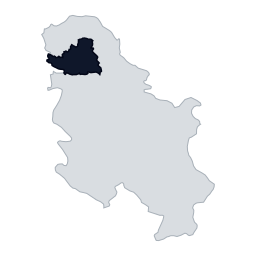 Južno-Backi highlighted on a map of Republic of Serbia
{"feature_id": "SRB-1059", "entity_name": "Južno-Backi", "entity_type": "District", "adm_level": 1, "iso_a3": "SRB", "parent_name": "Republic of Serbia", "parent_adm1": "", "projection": "albers", "projection_center": [19.57, 45.457], "detail": "fine", "context": "in_parent", "style": "filled", "palette": "ink", "viewbox_px": 256, "rotation_deg": 0, "n_neighbors": 0, "source": "natural_earth", "source_scale": "10m", "svg_char_len": 6717}
<svg xmlns="http://www.w3.org/2000/svg" viewBox="0 0 256 256"><path d="M144.2,92.0L151.0,93.9L154.0,95.8L155.7,98.4L160.0,100.0L167.0,100.7L171.9,103.2L174.7,107.6L179.1,106.4L185.0,99.5L191.0,97.5L197.0,100.5L200.4,103.0L201.0,105.0L199.7,105.9L196.3,105.7L193.7,107.0L191.7,110.0L191.5,113.2L193.1,116.4L195.3,118.6L198.0,119.8L199.6,121.4L199.8,123.6L200.6,124.2L199.0,125.3L197.4,126.9L196.6,129.5L196.5,133.8L191.3,137.2L189.3,137.9L188.5,140.1L187.3,146.4L187.6,151.0L188.4,153.4L188.8,155.3L190.6,157.6L192.3,161.2L193.6,166.0L196.0,169.6L202.1,173.0L205.2,175.0L207.5,178.0L209.3,180.7L214.3,184.2L214.1,186.9L213.1,189.5L212.0,190.8L209.7,194.2L207.4,196.2L203.6,202.2L197.4,202.8L195.9,203.3L193.6,205.0L192.6,207.9L193.8,210.2L193.7,212.6L192.8,217.3L194.5,222.2L196.8,224.4L197.2,225.7L196.9,228.0L193.7,232.8L192.8,234.6L189.5,235.6L188.3,235.2L186.5,233.6L184.9,233.2L181.0,235.2L177.0,236.5L173.8,235.7L170.7,235.7L168.5,236.6L166.9,236.9L163.7,239.0L158.6,240.6L156.2,240.4L155.3,238.5L154.2,235.8L154.7,234.5L158.0,232.3L158.4,230.2L162.9,220.2L163.7,216.9L163.7,215.9L162.4,215.2L159.8,215.3L148.2,211.5L148.6,206.9L145.2,204.5L141.5,202.4L140.8,199.9L136.7,195.0L133.7,192.2L129.9,190.9L126.6,188.9L124.7,187.7L123.8,185.4L123.7,184.0L122.7,182.7L121.2,182.8L118.6,184.7L115.3,186.4L114.8,187.5L116.0,190.3L116.9,192.0L116.5,193.7L115.5,195.8L109.3,200.6L108.6,202.2L109.8,204.8L109.1,206.1L103.8,207.9L103.9,206.4L103.6,204.1L100.5,201.7L96.3,199.8L86.8,193.4L83.2,192.5L79.9,191.8L75.3,188.6L72.9,188.1L70.2,185.9L64.5,178.3L59.6,174.2L56.3,172.1L55.4,170.1L55.2,168.0L55.3,167.3L57.8,164.4L59.8,164.0L62.3,163.9L63.9,165.4L66.1,165.7L67.3,163.8L67.9,161.0L67.6,157.5L62.5,149.4L58.0,143.7L57.5,142.4L58.5,141.4L60.0,140.8L61.7,141.3L66.0,141.7L70.2,141.2L71.6,139.8L71.6,138.0L70.1,136.2L65.2,131.5L61.5,127.4L57.0,124.3L53.8,123.0L52.8,121.4L52.4,119.6L52.8,116.5L53.0,112.5L53.8,110.0L56.8,105.3L59.6,100.3L61.4,95.4L62.3,90.9L62.0,89.6L60.5,88.7L57.4,87.7L53.1,88.5L49.4,90.1L48.0,90.3L47.6,88.2L48.1,87.4L49.3,87.5L50.2,87.9L51.2,87.0L51.8,84.2L50.4,74.8L53.1,74.0L53.2,72.6L53.4,71.4L56.2,73.1L60.2,73.1L63.6,72.8L64.2,71.9L64.1,70.5L63.4,69.5L62.2,68.6L61.3,67.3L59.0,66.7L51.7,63.3L48.1,59.7L48.3,55.8L49.3,53.8L50.6,53.0L50.2,52.3L46.1,50.5L44.7,48.0L45.9,44.9L43.8,38.4L41.7,34.5L43.9,32.8L44.2,30.3L44.4,28.9L45.3,29.0L48.8,27.4L50.1,26.0L50.8,24.5L51.7,24.1L54.0,25.8L56.5,26.0L59.3,24.9L61.4,23.5L63.9,22.2L65.1,21.4L66.5,20.1L69.5,16.2L72.8,15.4L77.2,16.4L82.0,16.7L85.6,15.8L94.7,16.8L96.6,17.7L97.9,18.7L100.3,22.1L102.6,26.4L105.8,28.3L109.7,30.7L111.6,32.4L114.6,37.5L116.9,40.1L117.6,39.9L118.4,39.2L118.9,38.7L119.5,39.2L119.6,40.8L119.8,44.2L119.3,48.0L120.1,51.5L120.2,52.6L119.6,53.6L119.7,54.5L120.5,55.4L123.7,57.7L126.6,61.2L130.0,63.7L133.1,65.3L135.0,65.3L138.3,68.2L144.6,70.1L146.7,70.8L148.1,72.0L149.1,73.3L149.2,74.8L148.3,75.5L147.0,77.6L146.4,80.0L145.5,80.7L144.4,80.7L143.7,81.5L143.9,82.5L144.8,83.5L146.1,84.4L148.7,85.2L151.2,86.5L151.2,87.5L150.7,88.7L147.5,89.2L145.2,89.4L144.1,89.9L144.2,92.0Z" fill="#d9dde1" stroke="#a8b0b8" stroke-width="1"/><path d="M48.1,57.1L47.8,56.4L47.8,55.4L48.4,54.0L48.7,54.0L48.7,54.3L48.8,54.4L49.0,54.6L49.2,54.8L49.3,54.9L49.5,54.9L49.8,54.6L50.0,54.6L50.3,54.6L50.8,55.0L51.2,55.2L51.3,55.3L51.7,55.3L51.8,55.3L52.0,55.5L52.1,55.9L52.2,56.0L52.3,56.2L52.4,56.3L52.5,56.3L53.0,56.4L53.4,56.4L53.6,56.4L54.0,56.2L54.3,56.1L55.1,56.6L55.3,56.7L55.4,56.8L55.5,57.0L55.5,57.3L55.5,57.5L55.8,57.7L56.1,57.6L56.3,57.6L56.8,57.5L57.2,57.4L57.4,57.3L57.5,57.2L57.8,57.2L58.1,57.2L58.3,57.2L58.4,56.7L58.5,56.6L58.6,56.4L58.8,56.3L59.1,56.4L59.5,56.9L59.6,57.2L59.7,57.3L59.8,57.4L60.0,57.4L60.1,57.5L60.2,57.4L60.3,57.4L60.6,57.3L60.7,57.2L60.9,57.2L61.2,57.2L61.5,57.2L62.0,57.3L62.7,57.5L62.7,57.3L62.8,56.9L62.9,56.7L62.8,56.4L62.7,56.3L62.5,55.9L62.4,55.8L62.4,55.7L62.4,55.4L62.4,55.2L62.3,54.9L62.3,54.5L62.4,54.4L62.5,54.3L63.0,53.9L63.7,53.6L63.9,53.5L64.1,53.5L64.1,52.8L64.1,52.7L63.9,51.9L64.6,51.7L65.0,51.6L65.2,51.4L65.5,51.2L65.8,51.1L66.0,51.1L66.7,51.5L66.8,51.6L67.0,51.9L67.2,52.0L67.3,52.0L67.5,52.0L67.7,51.9L68.1,51.6L68.3,51.4L68.5,51.3L68.6,51.0L68.8,50.7L68.9,50.4L69.0,49.9L69.1,49.7L69.2,49.4L69.3,49.4L69.5,49.3L69.9,49.4L70.2,49.3L70.4,49.3L70.5,49.2L70.7,48.8L70.7,48.3L70.8,48.0L70.8,47.9L70.7,47.8L70.6,47.5L70.5,47.2L70.5,46.9L70.7,46.4L70.8,46.3L71.1,46.0L71.2,45.9L71.3,45.4L71.7,44.7L72.2,45.0L72.6,45.2L72.8,45.4L73.1,45.7L73.3,45.8L73.6,46.0L74.0,46.1L74.3,46.2L74.6,46.3L75.3,46.8L75.6,47.1L76.2,47.0L76.5,46.9L76.9,46.6L77.0,46.6L77.3,46.4L77.5,46.3L77.7,46.2L77.8,46.1L77.8,45.9L77.9,45.7L77.8,45.4L77.7,45.0L77.7,44.7L77.8,44.4L77.9,44.0L78.0,43.7L78.2,43.4L78.4,43.1L78.5,42.9L78.5,42.4L78.4,42.3L78.4,42.2L78.3,41.9L78.5,41.7L78.6,41.4L78.7,41.2L78.6,40.9L78.5,40.5L78.3,40.0L79.0,39.6L79.6,39.4L79.9,39.2L80.0,39.2L80.8,39.2L81.1,39.1L81.6,39.0L82.0,38.8L82.1,38.7L82.5,38.4L82.7,38.2L83.3,38.2L83.5,38.2L84.0,38.1L84.5,38.1L84.8,38.1L85.4,38.3L85.5,38.3L86.2,38.4L86.3,38.4L86.8,38.6L87.2,38.7L87.4,38.8L87.8,39.1L88.0,39.2L88.5,39.2L90.4,39.2L90.8,39.3L91.2,39.4L91.3,39.4L91.5,39.5L91.8,39.7L91.9,39.9L92.1,40.2L92.3,40.4L92.5,40.6L92.8,40.8L92.5,41.1L92.0,41.3L92.4,42.6L92.6,43.8L92.5,45.1L91.8,46.5L91.0,47.5L90.9,47.9L91.7,48.1L92.9,48.0L93.3,48.2L93.5,48.9L93.3,49.2L92.9,49.6L92.6,50.2L92.4,51.0L92.6,51.7L93.0,52.3L96.8,55.8L97.7,57.1L96.6,59.9L97.1,60.8L98.5,62.2L99.2,63.0L98.7,63.4L98.5,64.0L98.3,64.5L98.0,65.0L98.7,66.1L100.7,67.7L101.1,69.1L101.4,70.6L101.4,71.4L100.2,72.1L100.0,72.9L100.0,73.8L99.8,74.5L99.0,73.6L97.5,72.6L96.0,72.0L91.1,72.6L90.2,72.5L87.9,71.8L87.4,72.7L87.4,72.8L87.4,73.0L87.5,73.1L87.7,73.3L87.8,73.4L87.7,73.5L87.4,73.8L87.1,74.0L86.9,74.1L86.6,74.2L86.1,74.3L85.9,74.4L85.7,74.4L85.0,74.5L84.7,74.5L84.4,74.4L83.8,74.4L83.1,74.3L82.9,74.3L82.5,74.2L81.8,74.2L81.2,74.2L80.9,74.3L80.7,74.3L80.3,74.4L80.2,74.4L79.7,73.7L79.3,73.1L78.9,73.5L78.7,73.7L78.6,73.8L78.3,73.9L77.8,73.9L77.7,74.0L77.3,74.2L77.0,74.3L76.3,74.6L73.9,74.6L73.4,74.6L73.2,74.6L72.5,74.8L72.4,74.8L72.2,74.8L71.8,74.7L71.2,74.5L70.8,74.3L70.7,74.3L70.2,74.3L70.0,74.2L69.9,74.2L69.7,74.1L69.5,73.9L69.4,73.8L69.1,73.7L68.9,73.7L68.7,73.6L68.4,73.3L68.3,73.2L67.4,73.1L67.2,73.1L66.8,72.8L66.7,72.8L66.6,72.7L66.4,72.8L66.2,72.9L66.1,73.0L66.0,73.3L65.6,74.0L65.4,74.2L65.4,74.3L65.2,74.4L64.9,74.2L64.7,74.0L64.6,73.9L64.5,73.7L64.4,73.6L64.1,73.2L63.9,72.9L64.3,72.4L64.4,71.1L64.0,69.9L63.2,69.5L59.6,69.1L58.4,68.8L55.9,67.5L54.3,66.8L52.1,65.5L51.9,64.3L51.8,63.8L51.3,63.2L50.6,62.9L50.1,62.8L49.1,62.8L48.5,62.3L48.2,62.0L47.8,61.8L47.0,61.3L46.9,60.1L47.8,59.7L48.9,59.5L49.2,58.7L48.6,57.7L48.1,57.1Z" fill="#0f172a" stroke="#020617" stroke-width="1.5"/></svg>